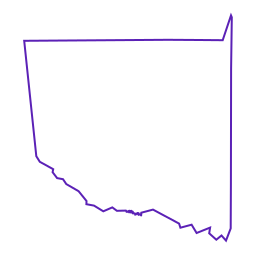 Wood, Texas, United States of America
{"feature_id": "52423323B61780035147901", "entity_name": "Wood", "entity_type": "district", "adm_level": 2, "iso_a3": "USA", "parent_name": "United States of America", "parent_adm1": "Texas", "projection": "robinson", "projection_center": [-95.391, 32.779], "detail": "fine", "context": "isolated", "style": "outline", "palette": "violet", "viewbox_px": 256, "rotation_deg": 0, "n_neighbors": 0, "source": "geoboundaries", "source_scale": "gbopen_adm2", "svg_char_len": 1762}
<svg xmlns="http://www.w3.org/2000/svg" viewBox="0 0 256 256"><path d="M24.2,40.8L36.3,156.2L39.8,161.8L53.2,169.2L52.6,172.2L57.1,178.1L63.0,179.2L66.3,184.1L78.6,191.2L86.5,201.0L86.4,204.2L94.0,205.6L103.3,211.3L112.3,207.4L116.9,210.8L125.9,210.6L126.0,210.7L126.2,211.1L126.3,211.3L126.6,211.4L126.8,211.5L126.8,211.8L127.1,211.8L127.6,211.8L127.8,211.7L127.9,211.4L128.0,211.4L128.4,211.2L128.6,211.0L128.9,210.9L129.3,210.8L129.5,210.8L129.6,211.1L129.5,211.4L129.3,211.4L129.2,211.4L128.9,211.6L128.9,211.8L128.9,212.1L129.0,212.2L129.4,212.0L129.6,212.0L129.8,212.0L130.0,212.3L130.4,212.4L130.5,212.4L130.6,212.2L130.4,211.9L130.3,211.6L130.3,211.4L130.2,211.0L130.3,211.0L130.6,211.2L130.7,211.4L130.7,211.5L130.8,211.7L130.9,211.8L131.0,211.8L131.0,211.4L131.0,211.1L131.3,210.9L131.6,211.1L131.7,211.4L131.8,211.6L132.3,211.6L132.6,211.6L132.8,211.8L132.9,212.2L132.8,212.3L132.7,212.5L132.4,212.9L132.4,213.0L132.7,213.3L132.9,213.4L133.0,213.4L133.3,213.4L133.5,213.2L134.1,213.3L134.7,213.4L134.9,213.5L135.0,213.7L135.2,213.9L135.3,214.0L135.2,214.4L135.2,214.5L135.3,214.5L135.5,214.6L135.8,214.5L136.0,214.3L136.1,214.2L136.1,213.9L136.4,213.7L136.5,213.8L137.0,213.8L137.3,213.7L137.3,213.4L137.3,213.2L137.6,213.0L138.0,213.0L138.3,213.1L138.5,213.2L138.5,213.3L138.4,213.4L138.2,213.5L138.4,214.0L138.3,214.5L138.6,214.8L138.9,214.7L139.0,214.7L139.4,214.4L139.6,214.3L139.9,214.3L140.2,214.5L140.3,214.6L140.8,215.1L141.0,215.2L141.1,215.3L141.2,215.2L141.3,212.7L153.0,209.6L179.1,223.6L180.4,227.7L191.6,224.7L196.6,233.0L210.1,227.6L209.2,233.3L216.3,239.7L221.5,235.5L226.0,240.6L230.7,228.4L230.9,184.7L231.1,68.6L231.8,17.3L231.0,15.4L222.7,40.2L199.2,40.0L167.8,39.8L24.2,40.8Z" fill="none" stroke="#5b21b6" stroke-width="2"/></svg>